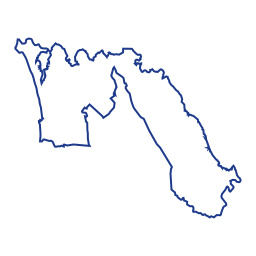 outline of Western Area Urban, Western, Sierra Leone
{"feature_id": "65957751B7442620669158", "entity_name": "Western Area Urban", "entity_type": "district", "adm_level": 2, "iso_a3": "SLE", "parent_name": "Sierra Leone", "parent_adm1": "Western", "projection": "equal_earth", "projection_center": [-13.216, 8.449], "detail": "fine", "context": "isolated", "style": "outline", "palette": "blue", "viewbox_px": 256, "rotation_deg": 0, "n_neighbors": 0, "source": "geoboundaries", "source_scale": "gbopen_adm2", "svg_char_len": 5605}
<svg xmlns="http://www.w3.org/2000/svg" viewBox="0 0 256 256"><path d="M230.8,181.8L230.3,181.0L232.7,179.8L234.8,180.0L235.9,180.6L236.6,181.7L239.1,182.2L240.2,181.5L240.6,180.1L239.8,178.2L238.6,177.4L237.1,175.3L235.6,169.8L235.1,169.5L234.6,167.5L233.5,165.8L232.2,167.1L231.9,168.8L231.3,168.4L230.8,169.0L230.8,169.5L230.2,169.4L228.9,170.5L228.6,170.0L227.1,169.4L226.9,169.5L227.2,170.0L226.7,170.1L226.5,169.1L226.0,169.3L225.8,168.8L225.5,169.0L223.6,167.8L222.4,167.9L222.3,168.2L221.1,166.2L220.4,166.4L220.1,165.9L218.6,165.6L218.2,164.8L218.4,164.1L219.2,163.6L218.9,162.1L217.6,161.0L217.4,160.3L216.2,159.6L212.7,155.3L210.6,151.3L210.1,151.3L210.0,149.8L209.5,148.9L209.1,148.6L208.7,148.9L209.0,147.9L207.6,147.6L208.7,147.2L208.8,146.8L206.5,140.4L205.4,138.8L205.6,138.5L205.3,138.1L206.0,138.4L205.7,136.0L204.7,134.9L204.6,134.3L203.8,134.0L203.3,129.8L202.6,129.6L202.1,130.1L202.5,129.0L202.5,128.1L200.8,125.5L199.0,122.1L198.6,121.7L198.2,121.9L197.9,119.6L193.4,115.9L191.4,115.3L190.7,114.8L189.7,114.7L188.8,115.4L188.7,114.2L188.2,114.1L188.2,113.7L187.7,114.1L187.7,113.1L186.9,111.6L185.2,110.4L185.0,110.9L184.6,110.7L185.1,109.7L184.5,108.6L184.3,104.6L181.6,101.7L182.2,99.1L180.8,95.1L179.8,94.3L178.1,91.6L176.0,90.0L173.1,86.4L171.3,85.0L169.5,82.3L169.1,80.4L168.0,78.4L167.7,77.0L166.4,76.4L162.5,78.5L162.4,78.0L163.3,75.4L163.3,74.3L163.9,73.0L163.7,71.9L163.2,70.9L161.6,69.5L160.5,69.4L157.6,72.0L156.2,71.6L155.5,71.8L153.9,71.1L152.3,69.2L150.8,70.1L150.2,70.0L150.2,71.5L148.8,72.4L146.9,71.8L146.3,70.8L145.1,70.3L144.3,70.4L142.6,71.9L141.7,71.7L140.0,68.4L140.2,65.8L141.2,63.9L141.2,63.4L139.1,63.9L138.4,63.3L137.3,63.2L136.3,65.0L134.8,63.5L135.3,63.1L135.3,61.3L135.7,60.1L137.0,59.6L139.1,60.6L140.6,59.2L140.1,58.3L140.8,57.5L141.0,56.4L140.6,55.1L139.9,54.6L138.2,54.9L136.7,54.2L133.1,50.6L132.7,49.7L131.8,48.8L123.2,48.7L123.0,52.4L119.2,54.6L115.9,54.2L113.6,54.7L112.8,54.1L111.1,54.1L110.0,52.7L109.2,52.4L108.6,52.7L109.0,53.5L107.6,56.1L107.1,56.5L106.5,56.1L106.5,56.6L104.7,54.4L103.5,53.6L102.6,50.7L102.1,50.4L99.0,53.1L98.2,52.6L96.0,54.6L95.6,55.1L95.8,55.8L95.6,56.5L93.7,57.5L93.4,58.1L93.6,59.4L93.2,60.5L92.1,60.2L91.5,59.6L89.8,59.5L87.9,56.4L87.6,54.1L85.9,52.3L85.7,51.1L85.1,50.4L85.5,51.6L82.7,49.3L81.7,49.9L79.9,50.0L78.1,51.0L76.5,53.6L75.8,55.6L75.1,56.5L75.0,57.3L75.3,59.6L75.1,60.1L75.4,61.1L75.7,61.5L77.0,61.6L77.2,63.2L78.6,64.3L78.5,64.6L76.0,64.3L72.5,66.0L71.3,65.8L70.7,64.8L70.7,63.8L69.0,63.0L68.7,61.7L69.1,60.4L69.5,60.3L69.6,59.8L69.2,59.3L68.0,59.9L67.7,61.1L66.8,60.9L65.9,59.5L65.9,58.2L67.4,56.0L66.0,53.4L64.3,48.9L62.7,48.5L61.5,46.6L60.5,45.7L58.3,44.5L56.8,44.4L55.6,43.4L51.8,47.7L51.9,49.5L50.7,51.1L50.2,51.1L50.5,51.4L50.1,51.9L50.2,53.4L50.6,53.6L50.9,55.2L48.1,59.5L48.7,61.0L48.6,61.8L49.1,61.9L49.1,62.9L48.7,62.5L47.5,63.3L47.6,65.0L47.0,65.8L47.0,66.5L47.4,66.6L47.2,66.7L47.2,67.8L47.6,68.1L47.4,69.0L46.9,69.3L46.6,69.0L45.5,69.0L45.2,69.6L44.1,69.7L44.1,70.6L45.3,75.1L45.4,75.6L45.0,75.9L45.2,77.1L44.1,79.0L43.9,80.2L42.6,80.6L42.4,82.0L41.6,83.5L40.8,79.8L42.6,74.5L41.8,70.7L40.7,70.9L40.5,68.3L39.5,68.5L39.7,67.9L39.2,67.5L40.2,66.8L40.3,66.3L39.6,66.0L40.5,65.7L40.4,63.8L39.8,61.7L39.0,60.8L37.6,60.3L36.6,60.9L36.0,61.9L36.0,61.0L36.9,58.9L37.0,57.9L37.7,58.1L38.0,57.5L38.3,55.5L39.1,55.2L40.8,52.3L43.4,51.9L46.4,52.7L46.4,52.0L47.8,50.6L48.8,50.7L47.9,49.2L46.6,48.5L42.8,48.4L41.1,47.9L39.8,46.3L38.9,44.5L38.2,44.3L36.2,45.2L34.7,45.0L33.1,42.9L31.7,39.5L30.7,38.8L28.4,38.6L26.6,39.5L26.0,40.3L25.8,42.5L25.4,43.0L24.2,43.6L22.0,43.5L19.3,39.8L18.8,39.4L17.7,39.4L17.1,44.0L16.7,44.6L16.1,46.8L15.4,47.3L15.4,48.7L19.3,52.8L21.8,52.2L22.8,52.7L25.6,57.5L26.6,59.8L30.3,70.6L32.4,74.6L33.5,77.9L34.6,82.5L36.4,87.8L37.5,94.0L39.2,99.3L39.8,103.6L40.9,107.6L42.1,117.3L43.0,118.5L42.1,118.7L41.8,120.0L41.2,120.1L40.7,121.0L40.0,120.1L39.5,120.9L38.9,121.0L39.0,122.5L39.9,124.5L40.4,131.9L40.5,136.0L40.0,141.4L42.0,141.4L43.2,139.7L43.9,139.4L49.4,141.0L51.0,140.7L52.6,141.7L54.4,145.7L55.0,146.6L56.0,146.8L57.8,146.3L60.1,146.3L61.4,145.7L63.8,146.5L63.8,144.7L64.4,144.6L67.2,145.5L73.5,144.5L89.6,145.9L88.8,144.4L87.9,138.8L87.8,132.9L87.4,130.5L87.2,122.6L86.1,121.8L85.0,116.4L86.2,116.9L87.1,116.0L86.6,114.3L85.8,112.8L82.4,112.4L82.0,111.2L84.6,107.6L85.6,108.3L86.7,108.6L86.9,107.4L89.6,104.5L102.4,116.2L103.3,117.8L108.9,113.9L109.9,112.2L114.0,107.5L114.6,102.8L110.7,98.4L114.4,95.7L113.7,93.9L113.9,93.2L115.1,94.4L114.6,92.1L115.1,90.1L116.5,87.2L116.2,87.0L116.2,85.6L114.4,80.1L112.3,77.7L111.3,75.8L113.2,68.5L114.1,67.2L115.5,69.9L116.5,72.9L122.5,77.0L123.6,78.3L124.4,82.9L125.0,83.5L125.8,83.4L126.7,85.4L126.8,85.8L125.7,87.0L125.7,88.3L127.3,90.9L129.7,93.7L131.4,101.4L133.1,106.3L134.2,108.5L140.6,117.0L143.8,118.9L149.2,130.6L156.8,144.1L160.1,147.6L171.9,167.0L171.0,169.1L170.5,173.7L171.5,189.6L175.0,192.5L175.4,195.1L177.3,195.7L177.5,196.8L178.0,197.5L180.8,199.7L181.7,199.7L182.9,198.0L183.5,197.9L184.1,200.5L187.1,201.7L187.1,204.5L190.0,206.2L192.2,206.2L193.0,206.8L193.4,207.7L193.5,208.9L193.0,211.0L193.4,211.8L195.8,211.7L198.7,213.2L200.7,213.1L202.3,214.7L203.3,215.0L204.2,214.3L205.3,214.5L206.1,215.5L207.4,215.9L209.7,217.4L211.1,216.3L213.9,217.3L216.7,215.1L220.3,215.2L220.9,214.5L221.5,211.9L223.1,207.7L223.9,206.5L225.5,205.7L226.3,204.9L226.0,203.3L221.8,197.9L221.4,196.7L221.7,195.0L222.3,193.6L225.3,189.9L226.8,186.8L227.4,186.6L228.4,187.5L229.2,190.7L230.1,191.6L230.7,191.3L231.2,190.4L233.1,188.4L233.5,187.7L233.4,186.5L230.8,183.9L230.8,181.8Z" fill="none" stroke="#1e3a8a" stroke-width="2"/></svg>